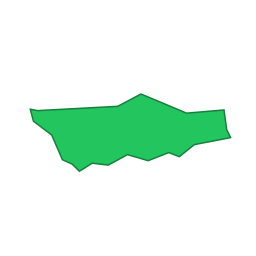 SVG path tracing the border of Las Pinas, rotated 118°
{"feature_id": "PHL-5556", "entity_name": "Las Pinas", "entity_type": "Highly Urbanized City", "adm_level": 1, "iso_a3": "PHL", "parent_name": "Philippines", "parent_adm1": "", "projection": "albers", "projection_center": [121.001, 14.452], "detail": "fine", "context": "isolated", "style": "filled", "palette": "green", "viewbox_px": 256, "rotation_deg": 118, "n_neighbors": 0, "source": "natural_earth", "source_scale": "10m", "svg_char_len": 408}
<svg xmlns="http://www.w3.org/2000/svg" viewBox="0 0 256 256"><g transform="rotate(118 128 128)"><path d="M67.0,51.7L83.2,40.0L88.3,32.9L111.6,61.7L129.2,69.2L130.6,80.5L147.4,94.9L151.8,116.0L170.0,128.0L175.9,143.1L189.0,150.6L186.1,160.4L186.8,171.0L170.0,192.1L166.4,214.7L157.3,223.1L155.1,216.0L113.7,147.3L91.9,132.5L87.4,83.3L67.0,51.7Z" fill="#22c55e" stroke="#15803d" stroke-width="1.5"/></g></svg>